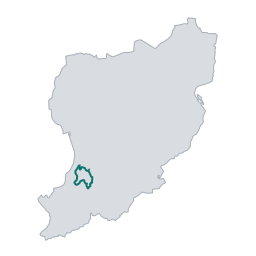 where Qazvin sits in Iran, rotated 265°
{"feature_id": "IRN-3235", "entity_name": "Qazvin", "entity_type": "Province", "adm_level": 1, "iso_a3": "IRN", "parent_name": "Iran", "parent_adm1": "", "projection": "natural_earth1", "projection_center": [49.608, 36.125], "detail": "fine", "context": "in_parent", "style": "outline", "palette": "teal", "viewbox_px": 256, "rotation_deg": 265, "n_neighbors": 0, "source": "natural_earth", "source_scale": "10m", "svg_char_len": 4481}
<svg xmlns="http://www.w3.org/2000/svg" viewBox="0 0 256 256"><g transform="rotate(265 128 128)"><path d="M127.9,62.9L130.8,63.1L136.2,61.2L136.7,60.8L138.2,57.2L140.1,55.5L143.3,53.6L145.3,52.9L152.7,53.2L153.2,51.7L154.4,51.0L162.4,51.4L163.6,52.5L164.2,54.6L170.9,56.5L172.2,57.1L173.9,58.7L175.2,59.1L176.9,58.4L178.0,58.9L179.8,58.4L185.0,60.7L185.7,63.0L186.7,64.1L187.9,65.1L192.0,66.9L193.3,67.9L196.4,72.2L204.7,72.2L205.2,73.1L205.2,74.9L205.9,79.4L205.3,81.0L206.5,82.4L206.4,85.2L206.9,87.1L206.0,89.8L205.1,90.3L205.7,92.6L204.9,94.9L205.1,95.8L203.8,97.7L203.8,98.5L201.4,100.3L203.3,102.9L200.6,103.1L199.0,105.9L199.6,109.2L199.2,110.9L199.5,111.9L200.2,112.6L203.8,113.2L203.9,113.7L200.2,118.5L200.5,120.4L203.5,130.3L203.2,135.2L203.7,140.3L212.9,141.8L213.9,143.1L214.7,145.9L214.7,148.0L214.4,149.1L204.6,162.0L209.9,168.4L210.2,169.9L213.5,176.1L216.5,179.4L221.6,181.1L224.0,183.5L226.1,183.4L226.0,186.6L227.0,193.3L226.5,196.4L228.3,197.0L231.0,196.5L232.0,197.1L232.6,198.2L231.9,198.9L232.1,201.5L231.4,202.0L231.2,204.5L227.1,204.6L223.3,205.7L221.9,206.6L221.2,208.4L219.9,208.2L219.5,208.9L216.8,210.1L216.0,215.2L215.0,216.4L214.4,223.7L213.8,223.8L212.5,225.0L204.2,222.6L203.3,220.9L202.4,220.6L201.2,222.3L197.1,221.3L195.7,221.6L194.8,221.1L192.6,221.0L190.8,220.0L186.3,220.9L183.5,219.0L180.6,218.5L176.9,218.5L174.0,217.2L172.4,217.7L171.7,216.8L167.3,215.9L165.8,212.6L165.8,211.0L164.7,208.2L164.2,204.1L163.2,201.1L161.3,198.7L156.3,197.2L153.7,198.0L151.7,199.4L148.6,200.2L146.1,202.9L144.7,202.7L138.8,206.4L137.6,206.4L133.2,203.9L131.2,203.4L127.2,203.5L125.0,201.8L124.4,200.6L119.2,198.0L116.0,195.6L115.0,193.3L113.6,191.7L110.5,190.4L108.7,189.0L103.9,188.4L100.5,184.9L100.4,183.7L98.4,179.8L98.1,177.0L97.6,176.3L95.9,175.1L95.7,174.3L96.0,172.5L93.8,171.4L93.5,170.6L93.5,167.8L88.3,161.2L87.2,157.5L86.3,157.3L81.6,159.7L80.2,158.4L76.2,156.0L75.6,155.2L76.6,154.7L77.6,155.1L78.3,154.6L78.0,153.9L77.0,153.4L75.6,153.4L76.0,154.1L74.7,154.8L74.4,155.8L74.7,158.5L74.1,159.3L72.0,159.7L70.6,160.6L69.4,159.6L69.1,157.6L68.3,156.3L67.1,155.9L66.3,154.6L64.9,153.9L64.8,147.0L61.2,146.8L61.3,141.6L62.9,136.3L59.5,131.6L58.0,128.0L57.1,127.3L55.3,127.4L49.4,122.6L47.3,121.3L44.5,120.9L44.2,119.2L44.9,117.3L43.5,114.9L43.1,114.1L42.0,113.8L42.1,112.3L40.5,112.4L37.7,108.1L36.9,107.5L38.5,104.3L37.4,101.6L38.1,99.4L39.6,99.5L40.1,96.6L42.7,93.5L45.0,92.2L45.2,91.3L44.8,89.6L43.4,87.6L43.6,85.8L44.0,85.0L46.5,84.0L46.6,83.7L45.5,83.0L41.3,83.0L39.0,81.0L36.9,80.5L35.7,76.0L35.3,75.4L34.3,75.3L33.7,74.4L33.4,71.4L31.9,70.1L30.8,65.7L30.7,64.6L31.1,63.6L28.8,61.7L28.5,58.8L29.0,58.1L26.4,55.9L25.2,55.8L25.0,55.5L26.9,50.9L27.7,49.9L26.1,49.2L26.1,46.9L25.7,45.0L25.9,43.2L24.9,41.9L24.6,41.2L25.0,39.2L24.0,38.2L23.4,36.1L27.3,35.5L28.0,32.3L29.4,31.0L31.8,32.5L35.2,37.7L37.2,39.2L38.7,41.0L45.9,42.8L47.5,42.2L50.0,42.3L53.2,39.1L54.6,38.7L58.3,35.5L62.9,32.5L65.2,32.1L68.7,35.8L66.7,37.0L66.4,37.9L66.6,38.8L68.1,39.8L68.3,40.8L67.8,41.4L65.8,41.9L65.2,43.0L67.4,44.7L68.4,46.2L69.6,46.5L71.5,48.8L74.4,48.5L75.0,54.1L76.6,58.6L79.7,60.6L87.7,62.1L88.6,63.0L89.9,65.5L92.0,67.3L98.2,70.9L105.1,72.5L109.7,72.4L126.4,68.4L128.0,68.4L125.5,69.4L126.4,69.9L128.6,69.9L129.1,69.4L129.1,68.8L127.9,62.9ZM154.5,200.9L153.5,202.5L151.9,203.8L150.8,203.4L146.1,205.4L144.9,205.3L144.7,204.7L149.8,202.4L150.1,201.8L149.7,200.6L151.4,201.1L153.2,200.1L154.7,199.8L155.5,200.5L154.5,200.9Z" fill="#d9dde1" stroke="#a8b0b8" stroke-width="1"/><path d="M78.3,69.9L79.3,70.4L79.4,70.6L79.5,71.0L80.1,71.8L80.7,72.4L82.2,72.8L82.7,72.8L83.1,72.9L83.3,73.0L84.3,73.2L84.8,73.1L86.8,72.1L87.0,72.0L87.3,71.9L88.1,71.7L89.6,71.8L92.4,74.2L93.0,74.5L94.8,75.8L94.9,76.2L94.9,76.5L92.4,76.2L91.1,76.3L90.8,76.7L91.4,77.5L91.8,77.8L92.5,78.1L93.0,78.5L92.7,79.6L92.2,80.7L92.1,81.2L91.7,81.5L89.5,82.6L89.0,83.2L88.8,83.7L88.9,84.1L89.2,84.7L89.4,85.1L89.1,85.0L88.5,85.1L86.5,85.9L86.1,85.9L85.5,86.1L84.9,86.4L83.0,87.0L82.6,87.3L82.3,88.0L80.4,88.1L80.1,87.9L78.6,87.5L78.3,87.6L76.9,87.4L76.2,86.8L76.5,86.3L76.1,85.8L75.2,85.3L74.1,85.3L73.6,85.5L72.8,84.3L71.4,83.1L71.4,82.7L71.6,82.5L72.0,82.4L72.4,82.4L72.8,82.3L73.4,81.9L74.4,81.6L75.1,81.7L76.0,82.1L76.1,81.5L76.7,80.7L77.8,80.1L79.8,79.6L80.0,79.2L79.8,77.8L79.6,77.3L79.3,76.7L79.1,76.1L78.9,75.7L78.6,75.5L78.4,75.3L78.2,75.2L77.9,75.2L77.4,74.9L77.0,74.4L76.7,73.5L76.1,72.8L75.9,72.0L76.3,71.0L77.5,70.2L78.3,69.9Z" fill="none" stroke="#0f766e" stroke-width="2"/></g></svg>